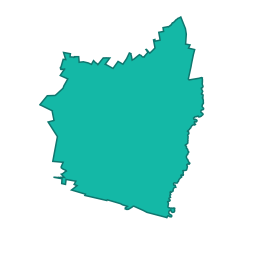 the district of Manuel Benavides, Chihuahua, Mexico, rotated 77°
{"feature_id": "50627088B76577839440191", "entity_name": "Manuel Benavides", "entity_type": "district", "adm_level": 2, "iso_a3": "MEX", "parent_name": "Mexico", "parent_adm1": "Chihuahua", "projection": "mercator", "projection_center": [-103.724, 28.922], "detail": "fine", "context": "isolated", "style": "filled", "palette": "teal", "viewbox_px": 256, "rotation_deg": 77, "n_neighbors": 0, "source": "geoboundaries", "source_scale": "gbopen_adm2", "svg_char_len": 5637}
<svg xmlns="http://www.w3.org/2000/svg" viewBox="0 0 256 256"><g transform="rotate(77 128 128)"><path d="M159.2,211.7L162.6,203.7L167.2,205.1L168.9,201.6L164.2,199.9L168.1,190.8L170.9,193.2L172.7,190.6L175.7,197.0L182.9,184.3L184.0,185.2L193.9,164.9L193.3,164.3L200.0,152.4L201.6,150.6L204.2,146.2L205.3,148.7L205.9,148.8L206.1,148.9L206.2,148.7L206.5,148.3L206.6,148.0L206.9,147.9L207.1,147.3L207.1,146.9L207.3,146.4L207.2,145.6L206.9,144.4L206.6,143.8L206.3,143.0L206.3,142.5L206.0,142.0L205.9,141.6L205.4,140.6L205.5,139.9L211.8,131.6L214.4,128.6L223.8,110.7L224.1,110.4L224.1,110.2L223.5,109.9L222.7,109.1L222.5,108.5L222.7,108.2L223.5,107.7L223.9,107.0L224.3,106.0L224.3,105.7L224.1,105.4L223.5,105.1L222.8,105.2L221.4,106.7L220.9,107.1L220.5,107.3L220.1,107.4L219.5,107.3L218.5,106.9L217.8,106.1L217.4,104.7L217.5,104.6L217.8,104.6L218.3,104.7L218.8,104.7L219.2,104.6L219.9,104.1L220.2,103.7L220.3,103.4L220.3,102.6L220.3,102.1L220.1,101.8L219.7,101.4L218.5,101.0L217.5,101.0L216.8,100.5L216.6,100.6L216.2,101.4L216.3,102.2L216.1,102.7L215.8,103.7L215.8,104.2L215.7,104.7L215.4,105.0L214.8,106.3L214.3,106.7L214.0,106.8L213.0,106.6L211.8,106.0L210.7,105.6L209.8,105.7L209.3,105.6L209.2,105.7L209.0,106.0L208.8,106.0L208.7,105.9L208.6,105.5L208.6,104.4L208.5,103.8L208.3,103.6L207.9,103.2L207.6,103.2L207.1,103.7L206.2,104.0L205.9,104.0L205.5,103.6L205.2,102.2L203.4,102.5L202.8,102.3L202.8,101.6L202.6,101.4L202.3,101.3L201.9,101.5L201.3,101.5L200.7,101.6L199.8,101.2L199.7,101.1L199.6,100.8L200.2,100.5L200.4,100.1L200.2,99.7L199.4,98.7L199.5,98.3L199.5,98.2L198.2,97.9L197.3,97.3L196.5,96.5L196.4,95.2L196.5,94.8L194.4,94.9L194.3,95.0L194.2,95.8L194.0,96.2L193.8,96.3L193.1,96.1L192.6,96.2L192.3,96.1L192.0,95.7L191.8,95.2L192.5,93.6L192.6,92.7L192.6,92.2L191.5,91.5L191.2,90.8L190.1,90.2L189.5,89.7L188.4,88.1L187.9,86.8L187.7,86.8L187.3,86.8L186.6,87.2L186.3,87.2L186.1,87.1L185.9,87.0L185.7,86.6L185.8,86.2L186.0,85.9L186.5,85.5L186.5,85.0L186.4,84.8L185.8,84.5L184.9,84.6L184.6,84.6L184.0,84.2L183.7,84.1L182.1,84.1L181.9,84.0L181.9,83.6L182.1,83.1L182.2,82.3L182.2,80.9L182.0,80.4L180.7,79.6L179.5,79.1L179.2,78.8L178.6,78.9L178.2,78.8L177.6,79.1L177.3,79.1L177.0,79.0L176.7,78.5L176.5,77.8L176.6,77.4L176.9,77.0L177.0,76.6L176.7,76.1L176.3,75.7L176.1,75.7L175.3,76.4L174.1,76.6L173.2,76.9L172.6,76.8L171.2,77.5L170.3,77.7L168.6,77.5L167.5,76.5L167.3,76.3L167.2,75.8L166.2,75.4L165.4,74.4L165.0,74.2L163.7,74.8L162.6,74.7L162.0,74.8L161.6,75.0L161.1,75.6L160.8,75.7L160.0,75.3L159.6,75.2L158.7,75.6L158.0,76.1L157.6,76.1L157.3,75.8L157.4,75.2L157.0,74.8L156.3,73.3L155.9,73.0L154.8,73.0L154.5,72.7L153.8,72.4L153.1,72.4L152.0,72.1L151.4,71.8L150.9,71.8L150.2,71.4L148.8,71.5L148.3,71.5L147.9,71.1L147.4,70.1L147.2,69.9L146.4,70.0L146.0,69.8L145.4,69.8L145.2,69.9L144.9,70.6L144.7,70.8L144.4,70.7L143.2,68.5L142.9,68.2L142.4,67.9L142.1,67.0L140.8,66.0L140.2,65.3L139.7,64.1L139.7,63.5L139.5,63.1L140.0,62.6L140.0,62.2L139.7,61.5L138.5,62.1L137.5,62.1L137.1,62.0L136.9,61.9L136.8,61.3L137.3,60.8L137.4,60.3L137.2,60.0L136.9,59.6L136.7,59.2L136.2,59.1L135.6,59.3L134.7,60.4L134.8,61.0L134.4,61.8L133.1,61.9L132.9,61.6L132.8,61.2L132.1,60.2L132.1,59.7L132.3,59.2L132.1,57.5L132.2,57.0L132.3,56.8L133.0,56.8L133.2,56.5L133.3,55.5L133.0,54.1L132.0,52.4L131.8,51.9L131.5,51.8L130.7,51.9L129.2,53.2L129.0,53.4L128.4,53.3L127.3,52.8L127.2,52.3L126.8,51.6L127.1,51.0L126.9,50.6L126.7,50.2L125.8,49.9L125.1,50.4L124.4,50.7L123.6,51.0L123.4,51.0L122.6,50.5L121.8,50.2L121.5,50.0L121.3,49.2L121.2,49.1L120.2,48.9L119.9,48.7L119.1,48.7L118.7,48.6L117.7,48.3L117.2,48.4L116.8,48.6L116.2,48.8L115.7,48.2L115.0,48.6L114.8,48.4L114.4,48.0L113.1,47.5L112.5,47.5L112.0,47.8L112.0,48.4L111.4,48.8L111.2,48.8L109.2,47.0L108.8,47.0L106.5,47.7L105.6,47.6L105.5,47.4L105.5,46.4L104.6,45.7L104.1,45.5L103.2,45.7L101.7,45.8L100.6,45.3L99.7,45.3L99.0,44.8L98.5,44.9L97.2,44.5L96.6,44.6L95.9,44.3L95.4,45.0L95.5,47.6L94.9,57.6L93.8,58.2L82.6,52.9L79.3,51.5L71.2,47.8L66.6,45.4L63.8,51.1L61.0,48.9L59.2,53.0L49.7,50.1L44.1,49.7L31.7,51.6L32.3,53.4L32.3,54.2L32.5,54.9L33.2,56.1L33.3,56.6L33.7,57.4L34.1,57.8L35.4,59.9L35.6,60.4L35.5,60.9L35.6,61.2L36.4,61.9L36.6,62.2L37.3,62.7L37.5,63.1L37.3,63.1L38.6,65.9L38.3,66.2L38.1,71.3L41.9,71.6L41.7,76.5L49.6,76.9L49.5,82.0L47.8,81.9L47.9,83.3L56.1,83.7L58.5,87.4L60.0,90.0L55.6,92.3L55.6,92.8L58.8,91.6L62.0,96.1L62.4,96.0L62.5,96.1L62.2,96.8L62.3,97.4L61.9,98.0L61.6,98.3L60.2,99.0L59.6,99.9L59.1,100.4L62.2,106.8L62.8,108.7L58.8,108.5L56.9,108.6L56.2,108.4L55.2,109.8L60.2,113.8L64.7,118.6L60.9,122.7L66.6,129.2L61.4,135.0L60.8,135.9L55.7,130.0L54.8,133.4L54.2,136.4L59.5,143.1L58.6,143.5L56.8,145.1L54.6,146.4L56.2,147.9L57.8,149.3L55.6,152.2L53.4,156.7L53.4,157.1L53.1,159.5L53.0,160.8L47.4,160.0L46.5,164.0L47.0,164.0L47.1,165.0L46.7,165.3L45.6,168.5L42.7,167.4L39.9,173.8L47.3,173.3L46.5,175.7L53.6,179.6L53.7,180.1L53.9,180.3L54.8,180.3L55.0,180.2L55.2,180.4L55.7,180.3L55.9,180.2L56.0,180.0L55.7,179.2L55.8,179.0L56.0,179.1L56.1,178.9L56.0,178.4L56.4,178.0L56.3,177.6L56.2,177.0L56.2,176.6L56.3,176.5L56.7,177.1L57.1,177.3L57.5,177.9L60.1,180.7L61.6,182.2L66.6,175.6L72.4,180.9L74.7,182.4L79.1,190.1L79.9,191.7L78.4,199.4L85.5,208.6L85.8,208.5L86.4,207.5L94.2,197.9L94.4,198.1L104.0,198.4L104.2,204.5L120.5,198.7L143.6,208.8L146.8,198.9L150.9,201.9L151.2,201.9L151.8,202.0L152.2,201.6L152.5,201.3L153.3,200.7L154.8,198.7L155.5,198.2L155.6,197.8L156.1,197.7L156.3,198.9L156.7,199.5L157.9,202.1L158.0,203.4L161.8,201.2L161.0,204.1L160.8,204.9L161.0,205.6L160.8,206.3L160.5,206.5L160.3,208.3L160.0,208.9L160.0,209.0L159.7,209.7L159.2,211.7Z" fill="#14b8a6" stroke="#0f766e" stroke-width="1.5"/></g></svg>